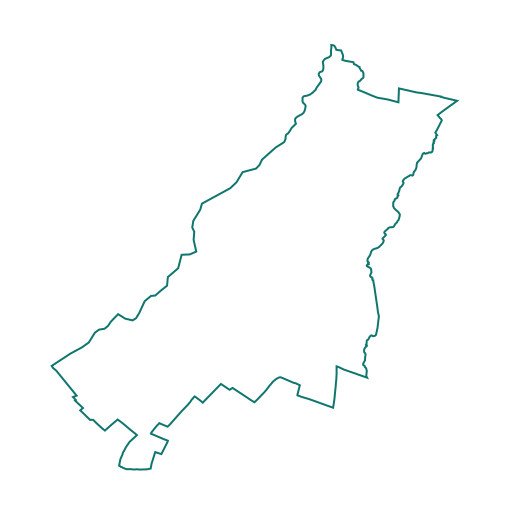 Totesti, Hunedoara, Romania, rotated 176°
{"feature_id": "2599482B81892486754404", "entity_name": "Totesti", "entity_type": "district", "adm_level": 2, "iso_a3": "ROU", "parent_name": "Romania", "parent_adm1": "Hunedoara", "projection": "natural_earth1", "projection_center": [22.867, 45.565], "detail": "fine", "context": "isolated", "style": "outline", "palette": "teal", "viewbox_px": 512, "rotation_deg": 176, "n_neighbors": 0, "source": "geoboundaries", "source_scale": "gbopen_adm2", "svg_char_len": 6030}
<svg xmlns="http://www.w3.org/2000/svg" viewBox="0 0 512 512"><g transform="rotate(176 256 256)"><path d="M389.7,51.6L387.4,51.1L379.7,50.8L375.9,51.3L374.7,56.0L370.2,67.4L364.2,65.0L357.1,76.9L356.8,77.9L360.9,79.8L373.2,86.1L372.7,87.2L367.8,92.5L366.3,94.0L365.1,95.0L364.1,96.0L362.1,94.9L356.1,91.9L353.8,93.8L341.6,105.8L334.2,112.5L331.8,115.0L330.2,117.1L329.1,118.1L327.5,119.9L327.0,120.2L325.6,119.1L321.1,115.2L319.4,113.4L299.9,130.8L291.7,124.4L288.6,126.0L278.6,118.4L271.4,112.8L267.8,110.2L264.7,112.7L257.1,119.6L255.1,121.6L251.5,125.7L247.7,129.6L243.9,132.2L241.2,133.3L239.9,133.3L237.4,132.1L227.6,127.0L225.1,126.2L221.3,124.0L224.1,115.5L224.4,114.6L224.4,114.1L219.9,112.1L213.4,109.7L207.6,107.2L196.4,102.2L189.7,99.3L189.2,101.2L187.8,107.6L186.2,117.1L185.6,120.3L185.2,123.5L184.6,126.6L183.8,132.9L183.3,140.3L181.4,139.5L176.3,136.6L153.7,126.9L154.2,128.1L154.3,129.2L153.5,133.6L154.0,136.4L155.0,137.5L155.2,138.7L156.6,139.7L156.7,140.5L156.4,141.5L154.5,144.4L154.3,146.8L153.6,149.8L153.7,150.8L154.0,151.5L154.7,152.3L154.8,152.8L154.8,153.7L154.5,155.5L154.1,156.3L153.1,157.4L151.7,158.5L151.6,159.1L151.9,159.4L152.5,159.6L152.5,159.9L151.8,160.8L151.6,162.8L151.3,164.0L150.9,164.4L149.8,164.8L149.5,165.4L149.2,166.0L148.1,167.7L146.5,168.8L145.9,168.6L145.4,168.1L145.1,167.9L144.4,167.9L143.3,168.0L142.4,168.5L141.8,169.0L139.8,175.8L138.2,184.3L137.6,187.1L137.7,188.0L138.2,191.0L138.6,197.4L139.6,210.6L140.2,218.4L140.7,222.2L140.7,223.4L140.9,223.4L141.2,223.7L141.6,224.2L141.5,225.2L141.3,225.6L141.6,226.3L142.9,227.1L143.2,227.4L143.6,228.5L142.9,230.0L142.0,231.5L142.0,232.6L142.1,234.5L142.2,235.2L142.5,235.7L143.6,236.6L145.8,237.9L146.1,238.3L146.2,238.7L146.0,239.2L145.4,239.5L144.0,239.9L144.0,240.0L144.8,240.5L144.8,240.8L144.0,241.4L143.9,241.7L144.0,241.9L144.8,242.3L145.2,243.1L144.8,245.3L144.4,246.0L142.5,248.4L141.6,250.0L141.2,251.2L140.5,252.8L140.1,253.3L138.8,254.3L136.9,255.0L135.9,255.1L133.9,255.7L132.8,256.3L130.5,258.2L128.8,259.8L127.7,261.7L127.5,262.5L127.5,262.8L128.3,263.8L128.6,264.3L128.4,264.7L125.5,267.3L125.0,267.9L125.0,268.5L126.0,269.4L126.4,270.3L126.3,270.8L125.7,271.6L123.8,273.0L122.2,274.3L122.0,274.7L121.6,274.9L120.2,275.3L117.8,275.2L117.1,275.4L116.4,275.9L115.6,277.0L115.2,277.8L113.1,279.7L112.3,281.1L111.5,281.8L111.1,282.4L110.0,285.4L109.6,287.2L109.8,287.8L110.5,289.1L111.2,290.1L114.6,293.6L115.2,294.9L115.5,295.7L115.7,296.4L115.5,297.7L115.4,299.6L115.2,300.1L113.9,301.6L113.7,302.6L113.3,303.1L112.8,303.4L111.2,304.0L110.9,304.3L110.8,305.2L110.6,305.9L109.7,306.4L109.7,306.6L109.8,306.7L110.4,307.1L110.5,307.4L110.4,307.8L110.1,308.3L109.6,308.7L109.3,309.7L108.7,310.7L107.9,313.3L107.5,314.2L105.8,315.4L104.9,316.5L103.9,318.0L103.7,318.6L104.3,319.7L104.3,320.3L104.1,321.0L102.8,322.4L101.9,323.1L96.7,325.7L96.0,325.9L95.4,325.7L94.6,325.4L94.1,325.4L93.7,325.7L93.4,326.2L93.2,327.5L92.5,329.0L91.4,330.1L90.7,331.1L90.3,331.9L89.7,333.4L89.4,335.8L88.9,337.2L88.4,338.0L88.5,338.1L84.7,341.7L84.0,343.0L82.7,346.0L82.0,346.6L81.5,346.9L80.9,347.0L80.7,346.7L80.0,346.2L79.4,346.2L78.7,346.6L78.0,346.5L77.2,346.7L76.6,347.2L76.2,347.3L75.2,347.0L74.6,347.2L74.2,347.1L73.4,347.4L72.7,348.2L72.5,349.0L72.5,349.4L72.0,350.4L71.9,350.6L72.2,351.1L71.8,351.8L72.1,352.4L71.8,353.2L71.9,353.6L71.8,353.8L71.9,354.6L71.7,355.2L70.7,356.0L70.7,356.3L71.1,356.7L71.1,357.1L70.1,358.0L70.0,358.6L70.6,359.0L70.5,359.3L69.7,359.8L69.2,360.4L68.3,360.9L67.9,361.6L67.9,362.1L68.0,362.8L67.9,363.3L66.9,363.9L68.5,366.5L66.9,368.8L61.2,378.3L61.3,378.8L61.9,379.8L62.7,380.6L65.0,383.9L58.6,388.1L44.5,396.8L57.2,400.7L60.3,401.8L60.2,402.1L79.1,406.9L84.5,408.0L101.7,413.2L103.2,399.4L112.9,402.7L117.8,404.0L122.7,405.1L124.2,405.6L129.7,408.2L135.3,411.1L142.8,414.8L142.8,415.0L142.5,415.3L142.4,416.0L142.0,416.7L142.0,417.3L142.4,418.0L142.6,419.0L142.6,420.5L142.3,421.4L141.7,422.6L141.4,422.9L140.3,423.2L138.4,425.1L136.8,426.2L136.5,426.5L136.3,427.0L136.2,428.2L136.3,429.0L136.1,429.8L136.1,431.0L136.3,431.7L136.7,432.3L136.9,433.0L137.8,433.6L138.1,433.5L139.6,436.5L139.5,437.2L140.8,437.9L142.0,439.0L143.7,440.1L144.8,440.5L145.3,442.5L153.6,444.6L156.2,445.6L156.0,446.6L155.5,447.4L155.2,448.5L155.2,449.7L155.4,450.9L156.1,453.0L156.7,455.1L159.0,455.5L160.5,455.9L161.4,456.0L162.2,458.3L163.1,460.1L164.1,460.8L166.2,461.2L166.2,459.2L166.9,455.3L167.0,453.1L167.3,450.8L168.1,450.1L169.1,449.3L172.5,448.2L173.8,447.5L175.0,446.2L175.8,445.1L175.5,440.7L175.8,438.0L176.5,436.3L177.1,435.6L179.6,434.9L180.0,434.4L180.6,433.5L180.8,432.4L180.4,431.2L178.7,428.2L178.5,427.3L178.9,425.6L181.0,423.0L183.5,420.1L185.1,417.4L186.5,416.4L187.9,415.1L190.9,413.3L193.8,412.4L196.8,412.1L197.6,411.7L198.5,410.7L198.8,407.0L198.4,405.7L197.4,404.6L196.5,403.5L196.0,402.4L196.2,401.3L196.9,398.8L197.7,396.8L198.8,395.3L200.0,394.4L204.8,392.2L205.9,391.5L206.8,390.8L207.4,389.9L207.6,387.9L207.0,385.1L211.4,381.4L213.5,378.4L215.5,376.0L217.1,375.2L217.5,374.7L217.8,374.2L218.3,372.0L218.3,371.0L218.6,370.2L219.9,367.7L228.9,362.8L243.3,351.7L246.2,346.5L249.9,343.2L263.5,340.6L270.3,330.9L277.0,325.4L306.3,312.0L308.4,306.1L316.1,295.4L317.6,288.9L315.9,284.5L317.1,276.5L315.3,264.6L321.9,262.2L330.1,262.4L334.5,249.2L345.4,241.1L346.8,232.6L353.1,228.3L359.2,223.6L363.5,223.5L370.2,218.7L376.5,207.2L380.0,202.3L383.5,200.4L390.8,202.6L397.6,207.6L405.4,200.6L408.4,196.7L412.1,194.0L417.7,193.5L422.1,190.7L428.8,181.4L436.0,177.0L448.1,171.5L467.5,160.6L466.2,158.4L463.2,155.5L444.7,129.2L448.4,128.1L445.8,124.9L446.6,124.4L439.2,116.4L442.1,114.3L435.8,107.3L432.9,104.0L432.1,104.1L429.8,103.9L427.0,100.6L421.6,94.9L418.9,92.4L411.5,98.1L405.4,102.5L400.3,98.1L392.7,90.7L388.7,87.1L387.3,85.6L395.1,79.4L399.2,74.2L401.0,71.2L402.4,69.2L402.7,68.6L402.8,67.8L403.1,67.2L405.4,62.9L407.2,56.4L405.3,55.0L404.5,54.7L403.5,54.0L401.5,53.0L400.8,52.7L399.4,52.3L395.7,52.1L393.2,51.6L391.2,51.5L389.7,51.6Z" fill="none" stroke="#0f766e" stroke-width="2"/></g></svg>